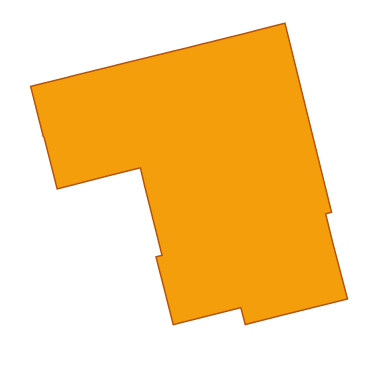 Otero, New Mexico, United States of America (Robinson projection), rotated 166°
{"feature_id": "52423323B11196773939758", "entity_name": "Otero", "entity_type": "district", "adm_level": 2, "iso_a3": "USA", "parent_name": "United States of America", "parent_adm1": "New Mexico", "projection": "robinson", "projection_center": [-105.633, 32.696], "detail": "fine", "context": "isolated", "style": "filled", "palette": "amber", "viewbox_px": 384, "rotation_deg": 166, "n_neighbors": 0, "source": "geoboundaries", "source_scale": "gbopen_adm2", "svg_char_len": 809}
<svg xmlns="http://www.w3.org/2000/svg" viewBox="0 0 384 384"><g transform="rotate(166 192 192)"><path d="M322.1,227.6L271.2,228.0L236.2,228.0L236.5,210.5L236.4,137.8L242.6,137.8L242.6,129.5L242.4,103.1L242.3,67.8L231.3,67.9L172.6,68.0L172.4,50.5L171.3,50.5L137.6,50.7L67.0,50.6L67.7,106.4L67.7,119.3L67.6,138.5L61.5,138.6L61.3,228.4L61.0,317.0L61.0,328.9L61.0,333.3L69.7,333.3L70.2,333.3L71.9,333.3L90.3,333.2L91.2,333.2L94.4,333.1L104.1,333.0L117.0,333.1L125.9,333.1L142.6,333.1L145.1,333.2L150.6,333.1L168.3,333.1L171.6,333.2L223.4,333.4L223.5,333.4L223.8,333.4L230.1,333.4L270.6,333.5L271.2,333.5L271.5,333.5L274.2,333.5L274.4,333.5L276.7,333.5L283.5,333.5L283.7,333.4L310.9,333.5L323.0,333.5L322.9,282.0L322.3,280.6L322.1,235.0L322.1,227.6Z" fill="#f59e0b" stroke="#b45309" stroke-width="1.5"/></g></svg>